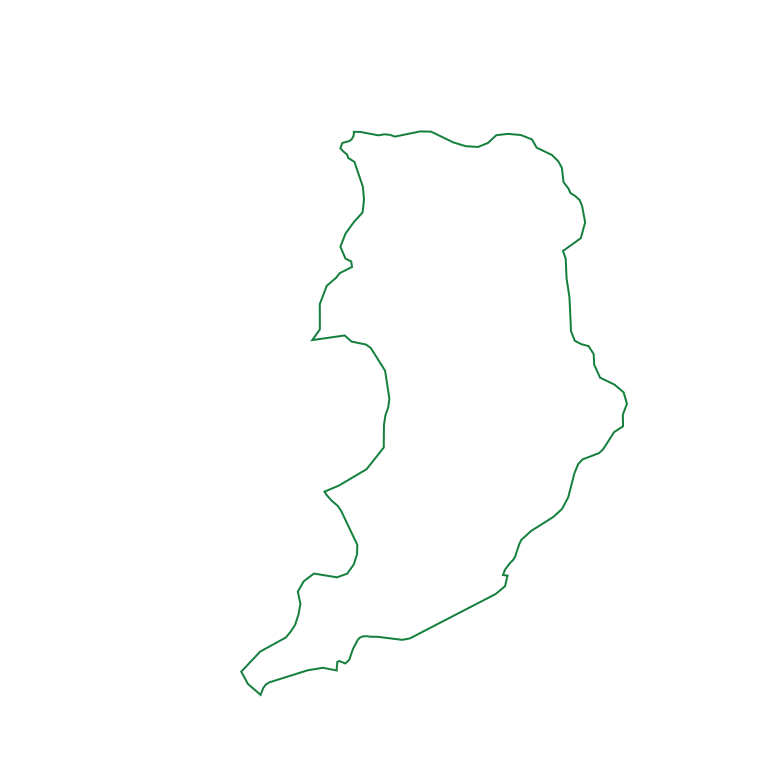 map outline of Oudômxai (orthographic projection), rotated 333°
{"feature_id": "LAO-3290", "entity_name": "Oudômxai", "entity_type": "Province", "adm_level": 1, "iso_a3": "LAO", "parent_name": "Laos", "parent_adm1": "", "projection": "orthographic", "projection_center": [101.644, 20.521], "detail": "fine", "context": "isolated", "style": "outline", "palette": "green", "viewbox_px": 768, "rotation_deg": 333, "n_neighbors": 0, "source": "natural_earth", "source_scale": "10m", "svg_char_len": 1906}
<svg xmlns="http://www.w3.org/2000/svg" viewBox="0 0 768 768"><g transform="rotate(333 384 384)"><path d="M463.5,151.8L466.4,151.2L469.0,149.5L470.9,147.3L471.6,145.6L477.4,148.7L491.9,159.9L497.5,161.6L502.5,164.7L506.0,168.5L530.7,175.3L540.5,180.5L555.5,200.3L564.5,209.0L575.4,215.5L586.2,216.4L597.0,213.3L608.0,217.4L619.0,224.3L626.9,233.3L627.3,242.7L637.6,256.2L640.4,264.9L640.6,272.2L635.6,285.8L637.1,293.9L636.8,298.5L639.5,302.9L641.8,308.7L641.3,315.4L636.6,331.3L625.6,343.4L603.9,346.7L602.8,354.8L594.6,372.8L588.5,391.2L574.6,421.9L573.6,432.1L577.9,438.1L583.5,443.2L584.4,452.6L580.1,462.0L579.4,476.5L589.1,489.2L593.7,500.2L591.5,511.9L582.9,519.7L577.8,530.2L567.2,531.3L549.5,541.7L544.2,543.2L526.7,541.3L521.0,543.3L513.2,549.9L496.7,568.6L486.0,576.1L474.6,579.3L448.5,581.7L435.6,585.2L431.8,588.1L422.4,597.4L419.1,599.4L414.3,601.0L407.3,604.5L403.3,608.3L407.1,610.8L400.1,619.1L388.1,621.8L291.4,622.4L284.0,620.2L263.2,606.1L257.0,602.9L254.3,601.0L250.9,599.3L246.9,599.1L243.9,600.4L235.9,606.1L227.9,613.9L222.7,615.5L218.4,610.5L216.0,610.5L215.1,612.4L213.0,615.4L211.8,617.8L200.7,609.1L185.8,604.4L146.7,597.8L142.3,598.1L138.2,600.2L132.9,605.0L126.6,589.5L126.2,575.5L152.2,566.2L181.5,565.3L188.7,562.1L195.5,558.2L203.2,550.5L209.7,542.0L212.9,529.9L223.0,523.3L235.5,521.1L254.3,534.9L265.1,536.3L275.2,531.0L282.5,523.7L287.2,515.2L288.2,477.2L287.5,471.8L284.4,464.3L282.4,456.5L282.1,452.9L297.8,454.0L329.8,452.0L354.9,440.5L365.4,420.4L371.1,412.5L377.2,406.7L382.1,399.6L391.0,372.7L388.6,345.9L385.9,340.7L374.3,331.4L371.0,322.9L340.1,312.3L351.6,306.3L363.1,283.6L377.6,270.5L389.9,267.5L394.9,265.1L408.7,265.2L410.4,259.9L406.6,254.8L407.5,241.8L418.2,232.4L430.5,226.1L442.8,221.4L449.8,210.8L454.7,198.7L458.5,172.7L454.7,166.3L455.3,162.9L453.2,158.0L452.1,154.2L456.3,150.3L463.5,151.8Z" fill="none" stroke="#15803d" stroke-width="2"/></g></svg>